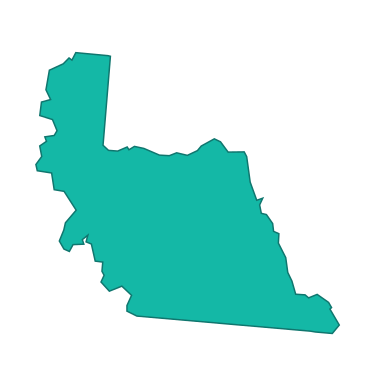 Yolo, California, United States of America, rotated 185°
{"feature_id": "52423323B16290955064252", "entity_name": "Yolo", "entity_type": "district", "adm_level": 2, "iso_a3": "USA", "parent_name": "United States of America", "parent_adm1": "California", "projection": "robinson", "projection_center": [-121.864, 38.619], "detail": "fine", "context": "isolated", "style": "filled", "palette": "teal", "viewbox_px": 384, "rotation_deg": 185, "n_neighbors": 0, "source": "geoboundaries", "source_scale": "gbopen_adm2", "svg_char_len": 1206}
<svg xmlns="http://www.w3.org/2000/svg" viewBox="0 0 384 384"><g transform="rotate(185 192 192)"><path d="M61.9,63.7L56.9,63.3L39.9,63.3L33.7,72.3L44.4,87.4L42.9,89.0L46.3,93.9L58.4,100.9L66.6,96.7L70.4,99.4L79.8,99.2L84.7,112.0L89.6,120.2L92.9,134.8L101.5,148.6L101.8,158.0L107.3,159.9L108.9,167.6L115.9,176.0L121.1,176.8L123.5,185.0L121.0,192.0L126.8,189.4L134.9,206.9L140.6,232.0L143.5,236.5L159.5,234.9L168.0,244.5L174.4,246.9L186.8,238.6L190.2,233.7L199.8,228.1L210.7,229.7L217.8,226.2L227.6,225.9L243.7,231.2L253.3,232.4L258.5,228.6L260.5,231.2L269.6,226.3L278.8,226.2L284.7,230.8L285.1,320.1L287.6,320.5L319.9,320.7L323.1,312.9L326.2,314.8L331.4,308.5L344.7,300.9L346.4,281.1L340.9,271.8L349.8,268.5L350.3,254.9L337.3,252.0L331.8,241.3L334.2,236.3L343.4,234.1L341.4,229.8L347.7,224.6L344.8,214.3L349.9,205.8L348.0,199.7L333.5,198.7L329.5,182.3L319.5,181.5L305.8,163.8L315.4,150.3L316.4,142.9L319.9,131.6L314.6,124.0L309.0,122.1L305.9,129.2L295.2,130.6L297.1,135.0L292.0,139.9L293.2,133.1L287.7,131.4L282.4,114.7L274.8,114.4L274.8,105.2L272.3,101.4L274.8,94.4L265.7,86.0L253.7,92.1L243.2,83.8L246.9,73.2L246.4,67.6L236.1,63.6L61.9,63.7Z" fill="#14b8a6" stroke="#0f766e" stroke-width="1.5"/></g></svg>